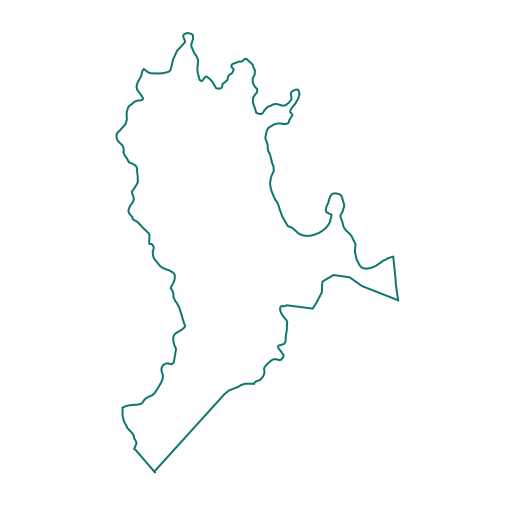 Praslin, Praslin, Saint Lucia (Mercator projection), rotated 272°
{"feature_id": "8701671B17924499339223", "entity_name": "Praslin", "entity_type": "district", "adm_level": 2, "iso_a3": "LCA", "parent_name": "Saint Lucia", "parent_adm1": "Praslin", "projection": "mercator", "projection_center": [-60.894, 13.882], "detail": "fine", "context": "isolated", "style": "outline", "palette": "teal", "viewbox_px": 512, "rotation_deg": 272, "n_neighbors": 0, "source": "geoboundaries", "source_scale": "gbopen_adm2", "svg_char_len": 6138}
<svg xmlns="http://www.w3.org/2000/svg" viewBox="0 0 512 512"><g transform="rotate(272 256 256)"><path d="M260.1,393.2L259.7,391.8L258.4,388.0L256.7,385.4L255.5,382.7L254.0,381.2L250.2,375.9L248.0,371.0L247.4,368.1L247.2,366.8L247.4,364.4L248.3,361.8L250.3,359.9L252.2,358.8L254.0,358.1L255.4,356.9L262.3,355.0L264.3,354.7L267.8,354.8L270.3,355.1L272.3,354.6L276.9,351.9L278.3,351.4L280.5,349.8L285.0,344.8L286.5,343.5L289.2,342.1L292.2,341.4L298.3,339.0L299.6,339.0L303.4,341.0L306.2,341.6L308.2,342.4L310.8,342.2L315.8,340.5L317.9,339.9L319.7,338.7L320.6,337.3L321.4,333.7L321.2,331.3L320.3,329.6L319.1,328.7L317.5,327.8L311.4,326.3L308.4,324.9L307.0,324.5L305.1,324.2L303.8,324.3L302.6,324.7L301.8,325.5L300.1,329.8L299.5,330.0L297.3,329.8L295.2,329.1L293.0,328.8L289.5,327.2L288.6,326.3L286.8,325.1L284.9,323.2L282.7,320.3L280.9,317.4L280.4,315.9L279.0,312.9L278.0,308.5L277.9,306.0L278.0,303.6L278.4,302.0L278.3,301.8L279.6,298.4L280.7,296.9L285.0,291.8L285.5,290.9L286.0,289.9L286.4,288.1L287.5,286.3L288.7,285.7L293.5,282.6L296.7,280.7L304.0,277.8L307.8,276.6L310.3,275.4L312.4,273.6L316.9,271.2L317.8,271.0L319.6,270.0L321.9,269.1L325.5,268.1L328.7,267.5L333.7,268.0L336.4,268.6L341.6,270.8L345.9,270.4L349.3,268.9L357.5,266.6L362.3,264.2L368.1,263.6L373.8,261.3L374.6,261.2L381.0,262.3L383.6,263.3L384.0,263.5L385.4,265.3L387.8,268.8L389.2,272.8L389.3,275.1L388.9,280.1L389.2,282.3L389.4,282.7L390.4,283.9L393.0,284.6L395.2,285.8L397.1,287.0L397.8,287.3L398.5,287.3L399.2,286.9L401.0,285.2L402.5,285.2L404.2,286.0L405.4,286.8L407.1,287.9L409.2,289.7L414.8,292.7L417.2,293.3L418.8,293.8L422.0,293.1L423.0,292.5L423.7,292.0L423.7,290.0L422.3,286.9L421.0,285.7L419.4,285.2L417.2,285.5L415.3,286.0L413.8,285.9L410.2,283.4L407.7,280.2L407.5,279.8L407.2,277.2L408.7,271.1L408.5,270.1L408.5,269.1L407.6,266.8L406.8,265.9L405.7,262.9L404.7,261.6L402.6,259.8L399.3,257.8L398.4,256.9L398.1,256.2L398.1,254.2L399.2,251.2L403.4,249.9L408.4,247.8L410.2,247.5L413.9,247.5L416.2,248.7L419.4,251.1L420.0,251.4L423.0,251.3L425.4,248.8L427.6,247.4L429.5,246.8L430.5,246.6L433.5,246.5L435.0,247.3L437.4,248.4L441.7,248.4L444.1,247.0L445.2,246.6L446.9,246.1L447.7,245.3L448.5,244.5L451.0,241.4L452.6,239.7L452.7,239.2L452.7,238.3L449.7,234.7L449.7,234.4L449.8,232.4L447.0,225.8L446.7,225.4L445.6,224.9L444.4,224.9L443.7,225.2L441.9,227.0L441.6,227.1L439.8,226.6L437.8,225.6L437.3,225.0L436.7,223.7L435.0,222.1L434.0,221.8L431.1,221.3L430.6,221.0L428.2,218.4L427.7,217.6L426.4,216.4L424.2,216.3L423.0,215.8L422.4,214.8L422.1,214.0L421.9,211.8L422.5,210.2L424.9,208.6L428.5,206.4L431.5,203.4L433.3,200.9L433.6,199.9L433.3,199.2L433.0,198.8L431.4,197.6L429.8,196.7L429.3,196.2L428.9,195.3L430.0,193.6L430.5,193.4L437.3,191.3L442.0,190.8L444.3,191.1L449.6,191.3L453.7,189.6L456.2,187.5L463.1,184.1L465.0,183.9L470.4,185.4L473.8,185.4L474.5,185.1L475.4,184.3L475.8,183.4L476.3,180.9L476.4,179.9L476.1,178.2L474.8,176.2L474.3,175.8L473.0,175.5L469.9,176.8L467.6,177.7L466.6,177.1L458.2,169.9L449.8,166.4L439.4,164.2L438.9,164.0L437.6,162.9L437.0,161.9L436.3,159.9L435.1,154.5L434.9,145.8L435.0,144.5L435.8,141.8L436.8,140.2L439.0,137.5L437.2,136.2L436.6,135.9L432.7,135.1L431.8,134.9L429.8,134.0L425.9,131.9L423.8,131.2L422.1,130.8L420.6,130.8L418.6,131.2L417.7,131.7L412.1,136.1L409.9,137.5L409.2,137.6L408.4,137.2L408.0,136.7L407.7,135.9L407.4,135.2L407.4,133.1L407.0,131.5L406.2,129.8L405.6,128.8L403.4,126.5L401.7,124.2L401.0,123.7L400.0,123.1L398.7,122.6L395.3,121.9L393.5,121.7L388.0,122.2L385.3,121.6L383.1,120.8L381.8,119.9L379.8,118.0L377.3,116.1L374.3,113.1L372.1,112.4L370.4,112.4L367.3,113.3L365.8,114.3L361.8,118.7L359.3,119.8L356.6,120.2L355.3,119.8L351.3,121.6L350.1,122.9L345.1,125.8L344.4,128.1L342.9,131.4L341.3,133.2L339.4,134.1L336.3,134.2L331.0,135.1L329.2,135.1L327.2,135.3L326.7,135.3L324.8,135.0L322.1,133.6L318.7,131.6L317.4,130.6L316.1,129.7L314.6,129.8L311.8,131.2L309.0,131.9L306.8,131.5L304.0,130.1L302.4,128.8L298.6,127.2L296.0,127.0L294.5,127.5L290.4,131.1L289.0,131.3L288.5,131.7L287.2,133.6L286.4,135.6L285.4,136.9L280.3,142.0L274.6,148.3L273.2,148.8L265.4,148.8L264.5,149.1L264.2,149.6L264.4,150.8L264.0,151.6L262.9,152.7L261.5,153.4L259.2,153.4L257.1,152.7L254.5,152.8L250.7,153.7L248.1,155.7L245.6,158.0L243.3,159.9L241.4,162.1L239.5,166.5L239.1,168.7L236.7,173.4L236.6,173.7L235.5,174.7L234.8,175.1L234.0,175.5L233.1,175.6L231.1,175.6L228.7,175.2L224.7,173.6L222.0,172.1L220.7,171.9L219.0,173.3L217.0,174.2L215.4,174.8L212.6,174.8L207.8,177.0L206.5,178.5L204.8,179.3L201.9,181.1L199.8,181.7L195.1,183.5L191.2,184.7L183.3,187.6L182.2,186.9L180.7,185.5L179.2,183.6L176.4,179.1L174.5,177.1L172.5,176.3L170.2,176.1L167.2,176.6L164.0,177.5L161.5,178.9L159.8,179.3L147.1,177.6L144.9,175.6L145.0,173.8L145.7,171.8L145.4,169.8L144.1,167.4L142.5,166.2L140.4,165.5L138.0,165.5L133.5,167.1L130.2,167.0L128.8,166.7L124.6,164.8L121.7,163.2L115.9,159.8L114.3,158.5L113.2,157.1L111.5,153.4L110.3,151.4L108.7,149.7L105.4,147.6L104.3,146.3L103.6,144.2L103.4,143.0L102.8,137.7L102.0,132.9L100.6,129.4L99.9,128.1L99.5,127.8L98.2,128.0L92.3,128.2L86.8,129.5L79.3,133.7L74.5,138.6L71.9,140.2L69.4,140.6L68.3,141.5L65.8,142.9L64.2,143.0L59.0,141.0L57.7,142.7L35.6,163.1L37.1,162.0L116.5,229.0L120.7,233.7L124.9,243.4L126.3,245.1L127.9,249.2L128.2,255.6L128.2,258.6L129.4,258.9L130.2,259.8L130.9,260.9L131.7,263.1L132.2,264.2L133.9,265.9L135.9,267.3L138.1,268.2L140.6,268.6L142.9,268.0L144.1,268.1L145.2,268.5L146.2,269.2L148.1,270.8L149.9,272.4L152.3,275.2L152.9,276.2L153.5,277.4L153.6,278.6L153.5,279.8L152.7,283.3L153.1,284.4L154.8,286.1L155.9,286.7L157.0,287.1L158.2,286.8L161.1,284.6L164.8,281.5L165.9,281.1L166.8,281.5L167.1,281.5L167.6,282.5L168.6,286.0L169.2,287.1L170.2,287.8L171.3,288.3L172.5,288.6L177.3,288.6L183.3,289.4L186.9,289.3L190.6,289.5L191.7,289.3L192.8,288.7L197.4,284.7L198.5,284.2L199.4,283.4L200.5,282.8L201.6,282.4L203.9,281.9L205.1,282.0L206.2,282.5L206.9,283.4L206.8,285.9L207.1,287.1L207.8,288.5L205.4,314.5L208.9,316.5L211.5,318.1L222.1,323.1L231.2,323.1L233.0,323.6L239.7,334.2L238.0,350.3L229.6,363.1L216.7,399.6L232.2,396.8L237.6,396.3L260.1,393.2Z" fill="none" stroke="#0f766e" stroke-width="2"/></g></svg>